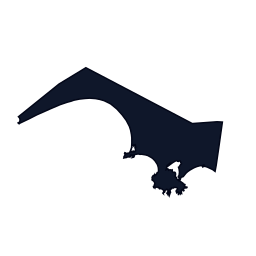 the district of Al Burayqah, `Adan, Yemen, rotated 35°
{"feature_id": "15242507B61395835555859", "entity_name": "Al Burayqah", "entity_type": "district", "adm_level": 2, "iso_a3": "YEM", "parent_name": "Yemen", "parent_adm1": "`Adan", "projection": "equal_earth", "projection_center": [44.818, 12.796], "detail": "fine", "context": "isolated", "style": "filled", "palette": "ink", "viewbox_px": 256, "rotation_deg": 35, "n_neighbors": 0, "source": "geoboundaries", "source_scale": "gbopen_adm2", "svg_char_len": 5983}
<svg xmlns="http://www.w3.org/2000/svg" viewBox="0 0 256 256"><g transform="rotate(35 128 128)"><path d="M201.9,69.0L197.4,71.8L178.1,87.5L58.9,102.8L46.3,131.5L31.8,181.6L32.9,181.8L33.9,182.3L34.9,183.3L35.5,184.5L35.7,185.7L35.0,186.8L35.3,187.0L36.4,187.0L36.6,186.2L41.9,176.8L45.7,169.6L53.4,156.8L59.0,147.8L63.4,141.8L66.0,138.7L67.7,136.3L71.6,132.2L75.7,128.6L79.4,125.6L84.6,122.5L88.4,120.8L92.8,119.3L97.8,118.5L100.0,118.2L107.9,118.8L115.7,120.6L122.3,122.8L128.1,125.8L131.2,128.1L134.6,131.4L136.7,133.8L139.6,137.9L142.0,141.7L141.0,139.8L141.1,139.4L141.6,139.5L142.0,139.8L142.0,140.0L142.4,138.8L142.6,139.1L142.6,138.6L142.9,138.5L142.9,138.3L143.0,138.2L143.1,138.3L142.9,138.6L143.2,138.6L143.2,138.4L143.3,138.6L143.5,138.3L143.4,137.9L143.7,137.8L143.7,137.6L143.9,137.7L144.8,139.1L144.6,139.4L144.7,139.5L144.9,139.7L145.1,139.6L145.0,139.8L145.2,140.0L145.1,140.3L145.3,140.4L145.6,140.1L145.5,140.3L145.8,140.5L147.0,142.1L146.9,142.5L147.1,142.9L146.9,142.9L146.9,143.1L147.1,143.0L146.9,143.6L146.5,143.9L146.1,143.9L146.3,144.1L145.9,144.2L145.9,144.5L145.7,144.5L145.8,144.7L145.4,145.4L144.8,146.1L144.9,145.7L144.4,145.8L144.4,145.4L143.5,145.7L143.6,145.2L143.3,145.6L143.2,145.1L143.4,145.2L142.3,142.3L142.4,142.0L142.2,141.9L142.2,142.4L142.7,143.8L143.3,146.1L143.4,148.1L142.8,148.5L142.5,148.5L142.1,149.4L141.4,149.2L141.1,148.9L141.4,149.3L141.5,149.5L141.2,150.2L140.8,150.7L140.4,150.7L139.9,149.9L139.6,150.0L139.9,151.0L140.6,151.2L140.9,151.6L141.1,152.2L141.1,153.7L141.4,154.3L141.7,154.6L141.8,154.9L142.5,154.1L143.4,153.4L144.1,152.1L144.5,151.8L145.2,151.2L145.9,150.9L146.3,150.3L146.6,150.1L146.5,149.7L146.3,150.0L146.1,150.1L145.8,149.6L145.7,148.7L145.9,148.0L146.6,147.9L146.7,148.0L146.7,148.7L146.8,148.9L147.3,148.0L147.4,147.6L147.2,147.5L147.5,146.9L148.2,146.8L148.7,147.4L148.6,147.7L148.5,149.6L149.4,148.6L149.2,147.2L148.7,147.1L148.5,146.7L148.9,145.7L150.8,143.8L152.0,143.0L152.8,142.8L154.2,141.7L157.7,140.0L160.0,139.2L163.9,138.8L165.8,138.8L168.9,139.4L172.7,140.9L173.9,141.7L175.6,143.1L177.3,145.2L177.7,145.9L178.1,146.9L178.0,147.4L177.5,147.8L177.9,149.6L177.9,150.2L177.6,150.6L177.0,150.7L176.9,150.9L177.1,150.9L177.2,151.3L176.7,150.9L176.8,151.4L176.7,151.0L176.5,150.9L176.5,151.7L175.9,152.6L176.0,154.6L176.7,155.4L177.4,155.8L177.4,156.7L179.8,156.8L180.7,157.2L182.1,158.3L182.0,159.1L182.8,159.9L182.7,160.4L182.5,160.6L182.3,161.2L183.0,161.5L183.1,162.0L183.4,162.1L184.3,161.5L184.5,161.6L184.4,161.2L185.1,160.2L186.7,159.2L187.1,159.5L187.4,159.0L188.1,158.8L188.6,159.1L188.5,159.3L188.6,159.7L188.8,159.7L189.1,159.3L189.7,158.8L191.3,158.4L192.9,158.7L193.5,159.1L193.6,159.5L193.9,160.0L193.9,161.3L194.4,161.4L194.2,161.2L194.1,160.8L194.1,160.6L194.3,160.2L194.7,159.8L194.3,159.5L194.5,158.8L194.1,158.7L193.9,157.9L194.5,157.2L194.8,156.8L194.6,156.2L194.9,155.9L195.7,155.7L196.1,155.7L196.5,156.3L196.5,155.9L197.2,156.2L197.8,157.0L197.8,157.5L197.1,158.3L197.5,159.2L197.6,160.0L197.6,159.3L198.0,159.2L198.4,159.4L198.2,159.1L198.3,158.8L198.2,158.1L197.9,157.5L197.9,157.0L198.4,156.8L198.7,156.9L199.0,158.0L199.9,159.0L200.5,159.5L200.2,158.5L200.0,157.7L199.4,156.9L199.5,156.4L199.8,156.6L199.8,156.4L198.2,155.0L198.0,154.1L197.5,154.0L197.7,153.6L197.8,153.1L198.4,153.1L198.9,153.5L198.2,152.7L198.7,152.9L198.2,152.6L198.2,152.3L198.5,152.1L198.4,151.8L198.8,151.4L199.0,151.4L199.4,151.9L198.8,150.9L199.4,151.8L199.3,151.3L199.6,151.1L199.4,150.9L199.6,150.4L200.4,149.7L201.9,149.0L203.0,149.0L203.7,149.5L203.4,151.5L203.7,152.2L205.2,153.2L205.6,152.3L205.6,151.5L206.6,151.3L207.0,152.2L207.1,153.0L207.4,153.1L207.5,153.5L207.7,153.4L207.7,153.1L207.4,152.1L207.8,151.3L207.9,151.2L208.3,151.5L208.7,151.4L208.9,151.6L208.9,151.2L209.1,151.1L208.8,151.0L209.0,150.7L208.7,150.6L208.5,150.4L208.5,150.1L208.6,149.9L208.5,149.7L208.2,149.8L207.9,149.4L207.8,148.9L207.6,148.9L207.8,148.0L207.6,147.6L207.7,147.2L208.3,146.6L208.8,147.1L208.9,147.5L209.6,147.6L209.7,147.4L209.6,146.9L209.3,146.8L208.7,146.9L208.3,146.3L208.3,145.2L210.3,143.4L210.7,142.4L210.5,142.7L209.8,143.1L209.8,142.8L209.6,142.9L209.7,143.1L209.0,143.5L209.0,143.2L208.8,143.3L208.9,143.5L208.3,143.8L207.6,143.3L208.4,142.7L207.6,143.2L207.2,142.5L207.2,141.9L206.9,141.9L206.8,141.7L204.8,142.2L204.6,142.0L204.6,141.7L201.4,141.7L200.1,141.8L199.8,141.6L199.8,142.4L199.6,142.0L199.7,141.8L199.5,141.7L199.5,141.9L198.9,142.0L197.4,142.0L196.8,141.6L196.6,141.0L196.1,140.8L195.3,141.1L194.9,140.9L194.7,140.5L194.3,140.5L194.0,140.2L194.0,139.6L193.4,138.4L192.9,138.0L192.7,137.7L192.3,137.5L192.0,137.4L191.6,137.7L191.0,137.7L190.5,138.5L189.9,138.5L189.2,138.3L188.4,137.0L188.2,136.9L187.9,137.7L187.5,137.8L187.1,137.7L186.7,138.0L186.3,138.2L186.3,138.4L186.1,138.5L185.8,139.2L185.6,139.4L184.5,138.6L183.7,138.8L183.6,139.0L183.7,139.4L183.3,139.7L183.4,140.0L183.1,140.4L182.7,139.0L181.4,136.5L181.9,135.3L182.2,135.3L182.4,135.0L182.4,134.2L182.2,134.0L182.3,133.8L182.3,133.3L182.5,133.3L182.7,133.0L182.9,132.2L183.4,132.1L183.0,133.3L183.0,134.0L182.7,134.5L182.8,135.1L182.5,136.1L182.6,136.4L184.6,130.4L186.1,127.2L186.7,126.8L187.5,126.9L188.2,126.6L188.6,126.4L189.1,125.1L190.0,125.2L191.1,126.1L192.3,126.6L192.0,128.2L192.1,128.3L192.1,131.4L192.9,131.7L192.6,131.7L193.0,132.1L192.9,131.8L195.5,134.7L197.1,137.7L196.9,138.6L197.0,138.9L198.4,139.6L199.5,139.1L199.4,140.6L199.2,140.4L199.1,140.7L199.8,140.8L200.0,141.1L200.0,140.7L200.4,140.5L200.4,140.2L200.1,139.9L200.1,139.3L199.8,138.9L199.9,137.7L200.0,137.3L200.5,137.0L201.1,136.1L201.4,131.7L201.9,129.5L202.9,126.8L204.6,123.2L205.4,121.8L206.6,120.0L208.6,117.6L210.4,116.2L210.9,116.1L211.1,116.2L211.3,117.4L211.4,117.1L210.9,115.3L211.3,114.7L211.5,114.9L211.3,115.0L211.1,115.5L211.6,117.1L211.5,117.6L211.7,117.3L211.5,116.3L211.6,116.2L213.5,115.1L215.5,114.5L221.2,113.5L224.2,113.6L221.7,108.1L213.1,91.0L201.9,69.0Z" fill="#0f172a" stroke="#020617" stroke-width="1.5"/></g></svg>